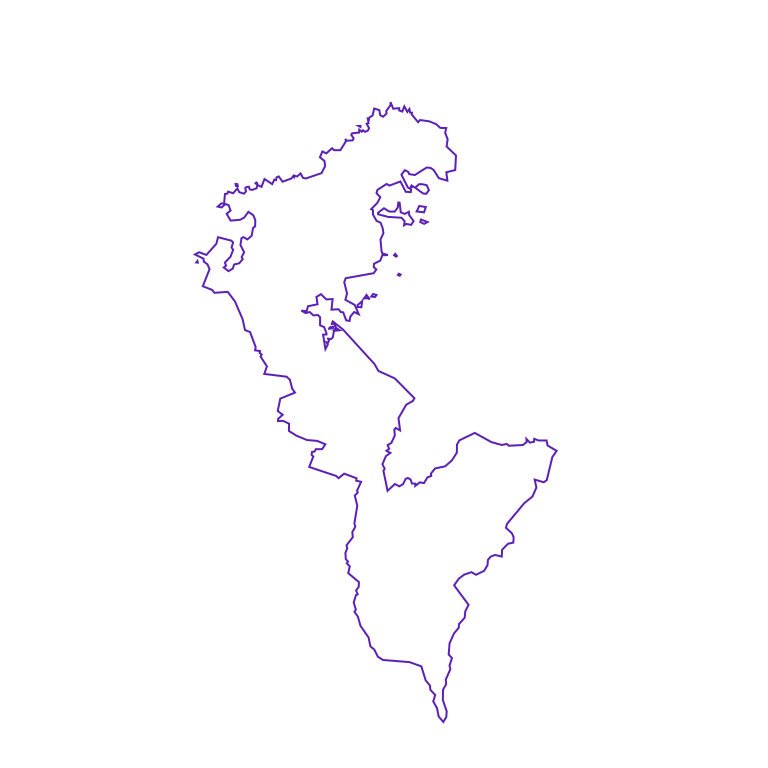 outline of Lombok Barat, Nusa Tenggara Barat, Indonesia, rotated 124°
{"feature_id": "22746128B38668827904245", "entity_name": "Lombok Barat", "entity_type": "district", "adm_level": 2, "iso_a3": "IDN", "parent_name": "Indonesia", "parent_adm1": "Nusa Tenggara Barat", "projection": "albers", "projection_center": [116.037, -8.666], "detail": "fine", "context": "isolated", "style": "outline", "palette": "violet", "viewbox_px": 768, "rotation_deg": 124, "n_neighbors": 0, "source": "geoboundaries", "source_scale": "gbopen_adm2", "svg_char_len": 6182}
<svg xmlns="http://www.w3.org/2000/svg" viewBox="0 0 768 768"><g transform="rotate(124 384 384)"><path d="M378.8,350.8L373.3,378.1L376.3,396.0L372.8,403.0L361.7,448.7L360.8,461.5L364.4,460.6L361.6,460.4L364.4,454.3L364.2,450.8L367.9,455.2L374.0,452.5L376.4,453.1L377.7,455.6L378.8,453.9L381.0,453.5L381.5,454.9L382.7,452.7L387.8,452.1L377.1,462.1L375.1,459.4L374.0,460.1L370.3,465.5L371.1,469.8L364.4,474.3L363.8,477.4L366.6,480.9L365.9,485.9L369.0,488.5L369.4,493.6L366.9,488.9L362.0,490.5L355.1,483.7L349.6,488.7L344.8,486.5L346.1,479.1L342.3,474.1L351.7,469.1L347.4,463.4L348.5,460.1L347.4,457.9L352.4,450.9L351.0,447.8L347.0,449.6L341.0,449.0L340.3,444.0L334.8,452.4L335.8,463.1L329.7,465.2L321.8,473.9L317.7,474.9L297.9,454.5L293.3,454.4L292.8,457.9L289.9,459.5L283.8,456.1L278.2,457.4L274.9,452.8L276.6,458.4L275.4,460.2L266.2,467.7L259.3,468.8L255.6,472.2L252.2,477.0L252.9,481.4L249.7,487.9L246.0,490.4L246.2,492.4L237.8,490.8L231.2,491.5L230.0,496.9L226.8,498.0L216.7,493.7L216.5,490.5L206.9,483.6L212.5,473.5L210.0,469.1L207.5,470.4L207.7,474.2L200.7,486.6L195.1,486.3L194.6,482.5L195.9,480.4L193.5,475.3L180.7,469.7L178.8,466.3L178.8,462.5L182.7,453.6L180.0,445.2L173.6,450.7L166.8,444.6L154.3,452.1L152.1,464.9L145.5,468.1L141.6,473.7L137.0,475.5L140.2,480.6L139.4,485.9L140.9,493.3L145.0,501.7L147.9,502.1L145.0,511.8L143.4,512.5L144.4,514.1L141.8,516.7L145.4,516.8L142.5,522.4L147.9,521.2L148.7,524.4L146.8,525.6L150.6,530.3L146.7,536.1L149.4,534.5L156.4,534.8L158.3,533.1L162.9,534.2L163.3,537.4L159.6,541.0L161.1,546.2L167.7,543.6L171.5,545.2L173.1,544.4L173.2,545.7L176.3,542.7L178.0,543.9L180.2,539.4L183.0,539.1L185.6,540.8L185.4,543.3L187.3,543.5L187.0,546.7L189.5,545.3L194.0,550.6L195.8,550.4L197.3,546.6L199.5,546.2L203.4,551.2L202.3,553.2L204.0,551.3L214.5,550.9L218.1,556.1L217.6,558.9L225.1,560.8L225.6,565.1L231.9,563.9L232.4,558.1L236.1,554.7L244.1,553.7L257.3,563.7L258.4,566.4L256.1,570.9L260.6,572.1L261.3,574.5L262.7,574.2L262.0,575.5L265.4,575.7L273.0,581.2L270.8,587.3L272.7,588.6L275.4,587.5L275.9,589.2L280.8,588.5L280.9,597.7L289.1,595.8L289.7,600.2L293.0,599.1L296.9,601.9L297.7,604.2L296.0,606.4L297.5,608.1L299.1,608.6L301.5,606.1L304.5,606.5L305.9,611.2L303.9,615.0L310.2,615.7L311.7,620.8L313.8,620.3L315.4,622.1L324.0,617.4L325.2,619.8L329.9,621.0L328.4,617.3L323.4,616.0L322.6,612.8L326.0,608.2L330.9,609.6L334.3,602.5L328.2,595.0L324.2,593.0L317.1,592.7L317.2,586.7L320.0,582.4L325.4,579.0L327.9,579.8L335.1,576.6L340.5,578.1L340.9,582.7L342.8,583.7L349.1,580.7L353.0,573.6L358.4,573.0L359.4,571.0L364.8,571.5L368.8,575.1L372.8,573.9L377.4,576.0L377.0,582.0L374.2,581.1L372.3,583.8L364.3,582.4L357.1,584.1L356.1,586.7L351.0,588.3L350.5,590.6L355.1,603.7L361.5,601.4L376.3,603.4L378.2,611.0L382.3,613.1L381.0,603.7L383.3,601.8L383.5,597.2L386.4,592.8L404.3,588.9L402.1,579.1L403.2,575.5L395.0,565.1L398.8,553.9L409.3,537.5L417.0,529.4L415.8,524.1L425.2,511.0L428.2,509.7L426.0,505.2L427.8,504.5L427.9,501.9L430.3,501.6L434.9,490.9L442.6,488.9L432.4,468.8L433.1,464.4L439.3,457.4L440.9,453.0L454.1,461.8L465.8,457.0L466.2,450.8L472.1,452.3L474.0,451.1L471.0,447.1L470.0,440.5L476.1,436.5L475.8,427.7L473.5,416.5L468.5,407.5L466.8,398.9L472.6,398.9L476.2,404.1L478.8,403.8L480.6,405.7L483.3,404.3L483.6,402.1L494.6,399.6L487.0,372.3L487.5,369.0L480.6,366.9L477.5,354.0L479.7,353.0L477.9,348.3L487.5,346.7L488.7,345.1L492.9,345.8L499.8,338.1L516.3,330.5L518.3,328.0L524.6,327.4L528.4,324.2L538.7,324.9L540.8,322.6L545.5,321.6L550.5,317.8L551.3,314.6L553.5,314.5L554.3,310.4L560.8,307.9L562.2,294.1L566.1,291.6L570.8,291.7L573.1,288.2L574.8,289.2L582.1,286.9L586.8,281.1L589.4,281.1L591.5,275.5L597.6,268.3L602.8,255.0L609.1,248.6L609.6,243.6L613.5,236.6L613.4,230.6L600.3,207.3L597.2,195.2L606.4,183.7L608.3,177.2L611.6,174.6L613.2,167.6L619.6,165.7L623.0,158.9L629.1,152.7L631.0,145.9L625.3,146.1L620.3,149.0L613.1,158.5L604.4,164.1L598.1,164.6L594.5,167.5L583.4,169.5L580.8,172.2L573.2,174.4L572.1,179.1L562.4,184.6L551.8,186.5L544.2,185.7L541.2,187.6L532.7,186.4L527.0,189.5L519.8,190.4L511.7,213.3L503.4,213.1L497.2,210.9L491.1,206.3L490.7,201.0L482.9,196.5L476.2,196.9L471.7,199.5L467.4,199.0L463.6,196.3L461.2,189.9L455.4,193.4L447.1,191.9L443.2,188.1L438.7,190.7L436.3,194.3L435.0,202.5L431.1,203.8L404.4,201.1L394.3,198.0L384.7,199.7L379.0,205.6L376.1,196.6L372.7,195.3L350.4,203.6L342.9,203.5L343.5,214.0L339.9,217.7L344.4,224.3L345.5,228.8L348.1,227.4L351.0,230.3L349.9,235.2L352.4,233.3L356.9,234.7L365.4,246.0L365.0,248.6L368.7,252.3L372.1,262.4L373.8,281.4L388.6,290.0L393.5,289.6L400.2,285.2L409.5,285.0L418.1,287.3L425.4,294.4L432.1,295.0L433.8,293.4L437.2,295.8L443.8,295.4L445.5,299.3L451.0,301.1L449.1,302.2L450.8,305.2L448.3,308.7L448.6,311.7L450.6,313.0L456.3,312.2L460.2,314.0L460.9,319.1L470.6,321.3L456.2,336.0L453.9,336.0L451.4,340.4L442.9,342.1L437.5,340.2L438.0,344.6L434.9,343.5L432.6,346.8L428.8,345.0L420.7,346.2L416.1,349.9L413.9,349.7L413.5,344.7L404.2,352.9L388.8,354.0L381.6,350.5L378.8,350.8ZM241.2,456.1L238.8,455.0L236.9,450.5L232.4,450.5L229.9,457.5L227.3,459.7L231.4,461.9L232.3,466.1L225.0,472.4L225.5,473.6L229.9,471.3L235.1,471.5L238.1,476.1L238.3,482.3L245.4,484.7L246.6,483.8L243.2,474.1L236.4,462.5L237.5,457.9L241.2,456.1ZM203.8,468.0L204.2,458.2L202.8,455.4L198.2,455.1L195.3,459.8L197.0,464.1L198.7,466.6L203.8,468.0ZM222.7,453.4L219.3,446.8L213.9,448.3L216.7,454.3L222.7,453.4ZM333.2,450.0L334.9,448.9L333.0,445.7L327.5,448.4L333.2,450.0ZM229.4,444.6L228.8,440.3L225.4,438.5L226.9,445.3L229.4,444.6ZM324.3,448.4L322.2,446.0L321.8,443.2L320.0,448.3L324.3,448.4ZM318.6,443.5L317.0,440.1L314.4,440.0L315.4,443.3L318.6,443.5ZM368.9,460.4L366.5,457.8L365.1,457.9L366.8,460.3L368.4,460.6L368.9,460.4ZM271.7,447.6L271.7,445.2L270.6,444.9L269.8,447.5L271.7,447.6ZM301.7,615.8L300.3,617.3L301.1,618.9L302.6,617.6L301.7,615.8ZM204.0,472.2L206.3,471.9L204.0,470.0L204.0,472.2ZM285.8,433.5L285.5,431.5L284.0,431.4L284.3,433.4L285.8,433.5ZM364.3,455.4L366.3,455.6L365.0,454.4L364.3,455.4ZM387.5,606.3L386.4,607.5L388.2,607.6L387.5,606.3ZM289.7,601.1L288.4,601.4L288.3,602.5L289.4,602.8L289.7,601.1ZM184.3,549.3L184.1,547.3L183.2,547.8L184.3,549.3Z" fill="none" stroke="#5b21b6" stroke-width="2"/></g></svg>